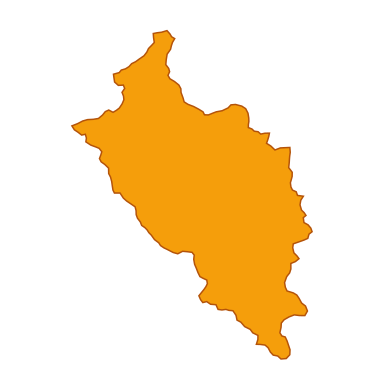 outline of Nazaré Paulista, São Paulo, Brazil, rotated 95°
{"feature_id": "56859067B32892944945715", "entity_name": "Nazaré Paulista", "entity_type": "district", "adm_level": 2, "iso_a3": "BRA", "parent_name": "Brazil", "parent_adm1": "São Paulo", "projection": "albers", "projection_center": [-46.369, -23.204], "detail": "fine", "context": "isolated", "style": "filled", "palette": "amber", "viewbox_px": 384, "rotation_deg": 95, "n_neighbors": 0, "source": "geoboundaries", "source_scale": "gbopen_adm2", "svg_char_len": 2916}
<svg xmlns="http://www.w3.org/2000/svg" viewBox="0 0 384 384"><g transform="rotate(95 192 192)"><path d="M33.4,231.0L35.5,236.3L36.4,240.6L37.5,244.4L41.8,243.7L46.3,242.6L49.3,244.9L52.8,247.8L56.6,249.2L60.5,251.7L64.1,256.1L67.1,259.5L69.4,263.3L72.6,265.7L75.1,269.0L76.7,273.1L79.4,274.9L81.5,280.5L85.0,279.7L89.2,278.7L92.2,274.7L91.5,269.7L94.7,268.1L98.8,270.4L102.4,268.6L106.0,267.9L110.3,269.3L114.7,271.7L117.2,274.4L119.5,277.6L117.6,282.1L119.5,285.4L123.1,287.8L126.9,291.6L128.2,296.7L129.0,302.4L130.8,307.1L133.8,311.8L136.6,317.4L140.3,314.6L142.3,310.9L144.9,306.9L143.8,303.3L147.4,301.9L151.3,302.1L154.1,296.9L155.5,291.8L156.6,288.3L159.7,285.4L162.8,286.0L166.8,287.1L169.9,285.1L172.2,281.2L175.5,277.2L180.9,276.6L184.2,274.5L188.6,272.9L193.4,271.8L197.0,270.9L199.8,269.2L199.3,263.6L204.1,259.8L206.7,256.3L208.7,252.7L211.7,247.4L215.4,246.1L219.5,245.6L222.9,244.0L226.3,240.9L229.7,239.2L231.7,235.7L233.7,233.4L236.3,231.4L238.4,228.9L242.7,225.2L245.5,220.7L248.1,218.7L250.1,215.1L251.4,211.6L253.9,205.5L254.8,200.8L251.9,196.2L251.9,191.4L252.1,186.7L254.7,184.3L258.9,184.4L263.8,183.1L267.7,181.0L271.8,179.0L275.6,176.7L277.0,173.5L278.4,169.6L282.0,168.7L285.1,169.9L288.1,171.6L291.2,173.7L294.8,176.1L298.6,174.0L301.2,171.6L299.9,167.8L302.2,163.7L302.2,158.3L306.7,155.8L306.9,151.9L306.0,148.0L306.7,144.8L306.7,140.9L311.0,137.4L315.7,136.0L317.4,132.0L321.5,127.8L323.8,122.0L327.0,119.2L329.1,113.8L333.1,113.5L338.1,114.6L337.9,110.9L338.1,106.0L340.4,102.7L344.7,99.9L347.4,96.9L347.9,92.3L350.6,88.8L349.7,83.6L345.6,80.4L340.6,80.6L336.5,82.4L332.1,84.3L328.3,86.5L327.6,89.9L324.6,92.2L319.1,91.5L314.8,91.6L311.2,89.1L308.0,84.5L305.5,79.4L305.7,74.3L305.3,68.8L300.5,66.6L295.7,69.0L293.1,73.1L288.6,76.1L285.5,78.6L283.7,82.3L282.3,88.7L278.8,90.7L274.2,91.9L268.1,90.3L264.1,87.7L260.1,86.8L254.6,87.3L252.3,82.9L249.1,79.6L246.4,82.0L243.7,85.2L238.8,86.8L234.8,86.6L232.4,81.2L230.1,76.2L228.1,72.6L223.8,71.8L221.1,68.9L217.6,70.5L214.6,73.5L212.7,77.8L207.9,78.9L205.4,76.4L202.8,78.5L200.5,81.3L195.4,83.3L190.7,82.9L186.5,80.7L186.2,86.6L182.7,88.2L181.3,92.1L178.3,93.9L174.2,94.8L170.7,94.1L167.7,93.6L163.6,93.9L159.3,97.8L154.4,97.7L150.7,97.8L147.7,97.8L143.9,97.6L139.1,98.4L139.8,103.6L140.4,107.9L142.9,113.0L139.3,117.5L137.0,122.0L133.5,121.1L130.1,120.4L126.6,120.0L127.1,124.5L128.3,128.6L126.2,131.4L126.0,135.3L124.0,137.8L122.9,141.5L119.9,141.7L116.8,141.5L113.4,141.9L108.6,143.1L104.3,145.8L102.1,149.9L101.0,156.3L101.8,160.8L105.1,163.4L108.4,169.0L110.0,174.8L111.6,178.1L113.8,182.4L114.0,186.3L111.2,188.0L108.9,192.6L106.7,197.8L105.0,203.7L102.9,207.7L99.1,209.1L93.8,211.6L90.1,212.1L86.6,214.4L83.5,219.0L81.1,223.9L77.9,226.1L74.1,224.8L70.9,226.0L67.4,229.2L62.6,229.2L56.9,228.8L51.7,225.8L48.2,225.3L44.7,224.5L40.7,222.6L39.1,225.9L36.5,227.7L33.4,231.0Z" fill="#f59e0b" stroke="#b45309" stroke-width="1.5"/></g></svg>